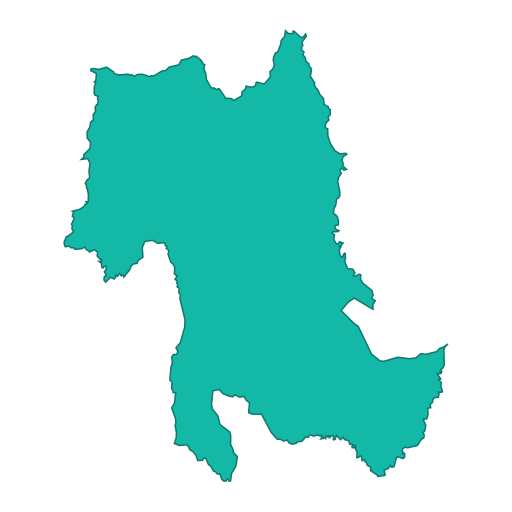 Nam Nao, Phetchabun, Thailand
{"feature_id": "78962969B52588762248299", "entity_name": "Nam Nao", "entity_type": "district", "adm_level": 2, "iso_a3": "THA", "parent_name": "Thailand", "parent_adm1": "Phetchabun", "projection": "natural_earth1", "projection_center": [101.615, 16.847], "detail": "fine", "context": "isolated", "style": "filled", "palette": "teal", "viewbox_px": 512, "rotation_deg": 0, "n_neighbors": 0, "source": "geoboundaries", "source_scale": "gbopen_adm2", "svg_char_len": 5961}
<svg xmlns="http://www.w3.org/2000/svg" viewBox="0 0 512 512"><path d="M403.2,458.6L404.7,457.0L404.7,453.7L402.8,453.8L403.6,452.5L402.1,451.5L402.7,448.6L405.1,447.3L407.7,447.8L417.4,445.5L421.5,439.1L423.6,438.2L424.3,435.3L423.1,432.6L424.8,430.9L425.8,425.2L423.1,419.4L426.8,418.8L428.1,414.4L427.6,408.3L430.7,407.7L430.2,404.3L432.5,402.5L432.7,399.9L434.3,397.7L438.4,397.3L439.1,393.1L438.2,392.1L442.0,392.2L442.5,391.3L440.5,385.3L441.4,384.1L441.1,382.5L438.6,379.3L440.8,378.9L437.2,373.9L440.7,373.5L440.1,371.9L441.4,372.4L441.7,371.2L440.9,369.2L442.8,368.0L444.2,365.3L443.9,349.9L444.7,347.2L447.9,343.9L443.8,347.0L439.5,348.5L436.7,351.6L426.0,354.3L420.8,353.6L415.8,358.0L409.0,358.7L398.0,357.2L383.9,361.3L380.1,361.0L371.6,354.2L358.3,326.5L353.9,323.4L341.1,310.5L348.4,302.0L354.1,298.1L373.0,309.3L372.9,304.4L375.3,300.7L371.6,298.5L373.1,295.1L372.1,290.7L362.8,283.1L360.5,279.4L360.8,274.8L359.1,274.2L354.8,276.4L353.3,275.4L355.0,272.9L352.7,269.1L347.6,268.7L344.5,260.9L345.5,259.0L345.3,253.6L344.6,253.2L343.2,254.8L342.6,257.4L340.1,255.7L339.3,250.4L340.2,247.8L339.4,246.2L340.9,246.8L341.7,244.4L343.2,243.1L339.6,241.7L338.3,243.6L336.2,243.7L333.7,239.2L334.5,234.9L332.0,232.8L332.6,231.8L338.0,231.6L339.0,230.7L335.8,229.3L334.8,227.3L335.4,225.6L338.3,224.9L338.5,221.4L337.5,217.2L335.5,214.5L333.7,214.4L333.6,211.9L334.1,208.5L335.8,205.0L336.6,199.0L338.6,197.9L339.8,195.8L339.7,191.1L337.7,181.3L338.6,177.2L341.3,173.5L339.8,170.2L341.7,168.2L344.0,170.2L346.6,169.4L342.8,165.9L343.2,163.8L341.9,159.8L343.3,156.4L346.8,154.3L345.9,153.3L339.9,153.8L334.9,150.7L330.5,143.7L327.9,136.2L327.7,128.8L325.8,128.0L325.0,126.5L326.1,122.9L328.9,120.0L328.1,116.9L330.3,114.6L330.3,109.6L328.4,108.3L328.3,106.8L324.1,104.5L323.4,98.3L320.0,94.7L317.9,89.9L315.4,87.2L314.3,84.5L314.8,83.1L310.3,76.1L311.4,70.9L311.0,68.0L309.3,66.4L308.8,63.5L306.1,61.7L305.2,57.5L302.9,54.9L304.0,52.1L301.6,49.9L301.5,47.4L302.8,45.7L302.0,42.0L306.3,36.3L305.6,34.0L303.2,37.1L300.8,37.5L294.3,31.4L293.0,31.1L293.2,33.6L288.1,33.4L285.5,30.7L284.5,36.7L281.1,40.5L281.0,43.3L278.4,50.4L277.4,52.3L275.5,52.9L273.8,56.6L273.2,59.8L274.3,64.9L272.9,68.9L270.0,71.6L270.3,77.1L264.9,83.3L262.9,83.8L257.1,82.1L256.0,82.8L255.6,85.7L251.9,87.3L246.1,86.1L245.4,89.1L242.2,91.7L241.6,96.0L233.8,100.4L231.2,98.5L225.7,98.3L219.5,89.0L217.8,88.8L216.8,89.9L214.3,88.0L211.2,87.9L206.5,79.6L205.6,72.6L204.1,69.8L204.0,66.7L204.8,64.8L203.1,63.8L200.7,59.8L196.0,56.1L194.8,56.7L193.5,55.7L188.7,58.4L181.4,60.1L178.8,64.8L169.2,67.1L165.6,70.5L162.1,70.9L153.8,76.0L151.6,75.6L149.8,76.6L142.2,74.2L137.6,74.5L134.3,76.2L131.3,74.6L129.4,75.2L128.3,74.1L118.8,75.0L114.1,73.5L113.7,72.0L106.7,67.2L98.5,69.4L93.3,68.5L90.9,69.1L90.7,70.6L96.4,73.5L95.8,80.9L94.3,81.6L95.7,84.1L94.3,86.6L94.1,93.2L95.0,95.2L98.1,96.3L97.5,98.7L98.5,101.7L97.6,102.9L97.8,104.3L96.4,104.9L95.0,107.8L95.6,111.3L93.2,114.6L93.3,119.8L90.6,122.2L89.9,127.0L87.1,131.8L87.2,138.0L90.5,142.4L90.0,148.5L83.8,154.7L84.0,157.0L81.4,159.4L87.7,158.6L90.0,163.3L89.0,171.0L89.6,178.0L87.4,179.6L85.3,183.1L86.6,185.7L86.4,187.7L87.5,189.6L88.4,194.7L88.2,202.0L86.0,201.7L87.1,203.7L84.9,204.5L84.0,206.5L79.5,209.4L72.4,211.2L73.5,211.8L72.3,216.2L74.3,218.1L71.5,224.3L72.3,225.7L71.9,228.9L73.6,231.7L68.2,236.1L66.5,236.5L64.1,242.0L64.4,244.8L65.2,246.7L69.6,246.3L71.2,247.8L74.4,247.9L74.7,249.3L81.1,248.8L85.1,247.2L86.1,249.6L89.2,251.1L89.4,252.0L94.5,249.7L97.6,252.1L97.2,256.0L100.4,259.6L101.6,259.4L101.2,261.6L99.1,261.5L101.5,263.2L101.7,267.1L102.9,268.1L104.3,266.4L106.3,266.3L106.0,269.8L104.3,271.7L106.2,275.1L104.3,276.8L103.9,280.0L105.7,282.2L110.4,277.3L114.1,279.0L115.6,277.5L115.7,274.9L117.5,276.2L119.7,273.4L121.3,275.9L123.4,275.0L123.9,277.0L129.7,269.8L131.0,266.2L133.3,263.9L137.1,263.4L138.1,260.5L142.9,257.2L142.3,247.5L144.8,241.5L152.6,240.3L157.8,243.4L163.8,242.7L165.1,243.5L165.2,245.5L167.0,246.4L166.2,248.5L168.7,250.1L168.1,254.4L170.8,262.3L172.9,263.9L174.7,266.9L174.4,274.1L177.3,276.0L175.0,279.3L177.0,280.8L176.9,283.3L177.7,284.6L177.1,286.8L179.1,288.2L178.8,292.5L180.5,295.1L179.9,298.6L185.0,319.7L184.7,327.3L180.3,342.7L176.0,347.7L177.8,351.2L177.2,353.5L176.0,354.5L173.4,354.4L171.7,357.1L172.4,362.6L171.0,367.0L169.8,380.0L172.0,382.0L171.6,388.8L173.2,390.8L173.1,392.6L175.7,392.7L174.4,403.2L171.7,407.8L175.7,419.3L175.9,422.7L175.1,425.7L176.5,432.7L176.2,437.7L174.4,443.5L179.4,445.5L186.5,444.8L188.6,446.6L189.7,449.7L192.9,451.5L196.1,455.5L197.6,460.5L202.4,460.4L204.1,457.9L205.8,458.3L208.6,464.8L210.4,465.7L213.5,471.1L215.7,471.8L216.8,473.7L220.2,474.3L221.7,479.4L224.0,481.2L226.3,480.9L227.2,479.0L228.4,479.4L229.1,481.3L230.6,480.8L231.6,473.4L235.8,466.4L237.4,456.5L233.6,452.7L233.2,449.9L230.6,444.4L230.7,435.4L229.8,432.1L220.0,424.5L217.8,415.8L212.6,409.2L211.5,404.7L212.8,390.9L219.1,389.5L223.0,393.7L229.0,396.1L232.8,396.8L234.8,394.8L239.8,397.2L243.9,396.4L246.3,400.4L249.5,402.8L248.6,412.6L252.3,414.2L261.5,414.2L271.2,432.4L277.3,439.3L280.3,439.2L283.8,441.1L286.9,440.0L289.3,443.1L292.5,444.2L296.2,443.3L297.2,442.0L302.0,441.2L305.7,437.0L308.5,437.2L309.2,435.4L311.0,434.9L313.8,436.2L317.3,435.0L320.8,436.2L321.5,435.3L321.9,437.4L320.9,438.9L323.4,438.4L324.1,437.1L325.7,438.6L326.0,436.4L327.1,435.9L328.1,437.2L328.7,435.7L329.6,435.9L330.0,437.5L330.9,436.1L333.3,435.5L333.8,437.7L333.1,439.0L333.7,439.9L335.1,439.3L336.5,435.4L340.6,439.7L343.2,437.2L344.5,439.6L348.8,440.7L349.6,444.1L353.4,444.8L351.9,446.4L352.2,447.7L354.1,447.7L355.6,445.3L355.4,449.0L357.1,451.9L356.8,457.4L357.8,457.8L360.8,455.7L361.8,457.8L361.8,460.6L364.7,459.9L365.1,461.9L366.1,462.0L367.4,465.5L370.6,467.0L370.6,470.9L372.2,470.6L372.4,471.9L376.8,474.7L377.9,476.5L384.6,475.5L385.2,474.3L384.0,470.2L388.5,468.3L390.1,465.4L391.6,467.2L394.1,466.7L396.7,456.6L403.2,458.6Z" fill="#14b8a6" stroke="#0f766e" stroke-width="1.5"/></svg>